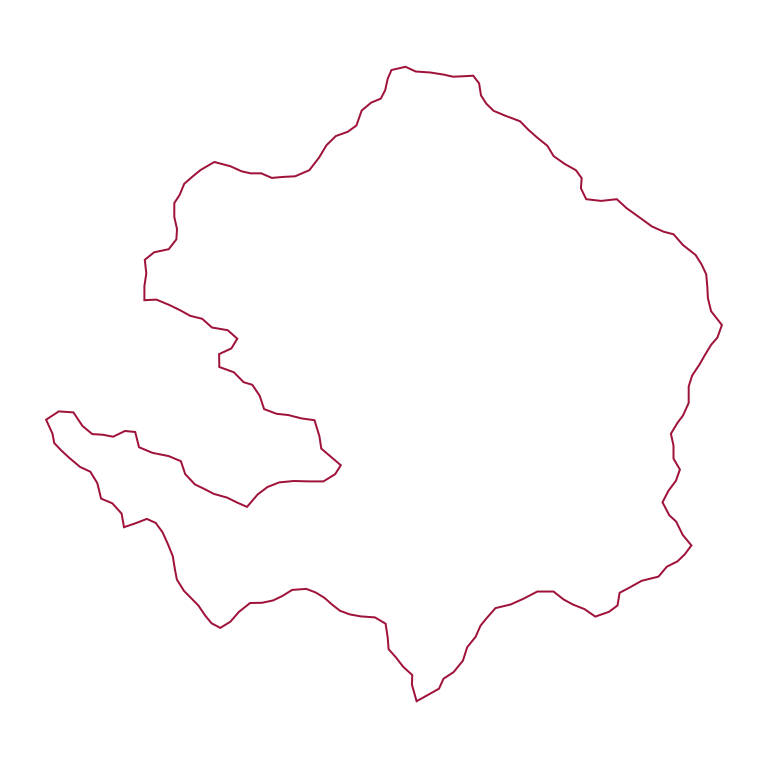 the district of Ouro Branco, Minas Gerais, Brazil
{"feature_id": "56859067B93796062388454", "entity_name": "Ouro Branco", "entity_type": "district", "adm_level": 2, "iso_a3": "BRA", "parent_name": "Brazil", "parent_adm1": "Minas Gerais", "projection": "orthographic", "projection_center": [-43.694, -20.527], "detail": "fine", "context": "isolated", "style": "outline", "palette": "rose", "viewbox_px": 768, "rotation_deg": 0, "n_neighbors": 0, "source": "geoboundaries", "source_scale": "gbopen_adm2", "svg_char_len": 2717}
<svg xmlns="http://www.w3.org/2000/svg" viewBox="0 0 768 768"><path d="M46.1,419.7L52.5,433.7L54.2,443.0L61.1,450.3L69.0,457.6L80.0,466.9L90.3,471.7L97.3,483.1L101.1,498.6L112.3,503.3L121.6,513.6L124.0,527.2L136.5,522.9L146.8,518.9L155.7,522.9L162.5,532.2L168.2,544.8L172.8,556.3L175.0,569.9L176.9,579.6L184.0,590.9L191.2,598.2L198.4,605.5L205.2,615.6L211.6,623.3L220.3,627.9L230.4,621.7L238.9,611.9L250.1,603.0L262.0,602.8L273.2,600.4L282.1,596.1L292.2,589.9L306.4,588.9L315.7,592.5L324.4,597.8L332.1,604.6L339.9,610.7L349.8,614.4L360.9,616.4L375.0,617.4L385.6,623.7L387.7,637.6L388.6,649.2L396.0,657.5L403.2,666.8L412.3,675.1L411.9,684.6L416.6,701.2L429.0,694.3L439.0,688.7L443.5,678.7L453.6,672.1L462.9,660.7L467.2,647.2L475.6,636.8L480.5,625.7L486.4,618.4L495.5,608.1L510.6,604.5L523.3,598.8L537.4,591.5L553.5,591.5L563.5,599.4L572.8,604.5L584.5,609.1L595.3,616.6L609.0,611.8L617.5,605.5L619.6,592.8L628.9,587.9L641.6,580.8L658.5,576.6L666.8,566.7L677.4,561.4L684.8,554.3L691.4,545.4L682.7,534.9L676.1,521.5L669.3,515.3L662.5,502.3L668.4,490.8L675.9,480.8L679.9,469.5L673.5,458.6L673.5,445.6L670.9,433.7L677.5,422.8L683.0,415.5L688.7,402.9L688.7,386.5L692.1,375.6L699.5,364.5L704.8,355.2L711.1,344.8L717.4,337.6L721.9,325.0L711.1,311.2L707.9,298.1L707.3,286.7L706.2,274.2L701.5,264.3L695.6,255.0L682.9,245.0L673.6,234.3L663.6,231.7L651.8,226.4L638.2,216.5L626.6,208.2L616.8,199.2L601.2,200.9L586.2,199.2L580.9,188.3L581.7,178.2L576.0,170.3L564.2,163.6L553.6,156.1L547.4,145.8L537.1,137.5L528.2,129.6L520.1,121.3L505.5,115.8L493.7,110.9L486.3,103.7L481.0,95.4L479.1,83.4L473.2,75.7L462.6,76.3L452.9,76.7L444.2,74.7L430.4,72.5L415.7,71.5L405.5,66.8L391.5,70.0L387.7,78.7L385.2,90.1L380.8,98.6L371.2,102.6L361.7,110.5L356.4,125.5L347.7,131.8L335.9,136.0L326.4,145.3L319.0,157.7L309.3,170.2L295.1,176.3L283.4,176.9L271.8,177.9L261.2,173.3L250.4,173.3L241.6,171.3L230.3,166.2L214.3,162.0L200.7,169.9L192.0,177.0L184.2,183.8L179.8,194.6L174.3,203.1L174.3,217.0L177.0,229.0L176.4,239.3L168.7,249.2L154.1,252.3L144.8,259.8L146.3,273.5L144.4,286.1L144.4,300.2L156.4,299.6L170.0,305.3L180.8,310.6L190.1,315.8L202.2,318.8L211.9,327.5L227.7,330.2L237.3,338.7L231.4,348.4L219.1,354.1L219.3,367.0L233.9,372.3L243.6,382.2L252.3,384.8L259.7,395.8L264.1,409.1L276.6,413.8L288.0,415.0L301.4,418.4L314.5,420.2L319.4,436.2L321.3,448.6L331.7,457.5L340.8,465.2L335.2,474.1L323.4,481.4L309.2,481.4L293.8,481.0L279.2,482.4L267.5,487.0L257.6,494.5L247.0,506.9L237.2,502.6L227.1,497.6L213.9,493.9L204.6,489.1L194.9,484.4L185.2,474.1L180.9,461.2L168.7,456.1L152.6,452.9L139.0,447.2L135.2,432.0L124.9,431.0L113.2,436.7L102.6,434.7L92.3,434.1L82.5,426.0L73.4,412.4L58.8,411.4L46.1,419.7Z" fill="none" stroke="#9f1239" stroke-width="2"/></svg>